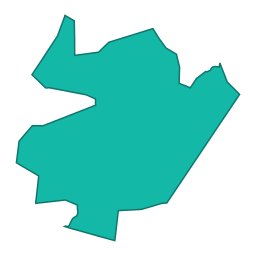 outline of Piracuruca, Piauí, Brazil
{"feature_id": "56859067B11814342794518", "entity_name": "Piracuruca", "entity_type": "district", "adm_level": 2, "iso_a3": "BRA", "parent_name": "Brazil", "parent_adm1": "Piauí", "projection": "robinson", "projection_center": [-41.675, -3.854], "detail": "fine", "context": "isolated", "style": "filled", "palette": "teal", "viewbox_px": 256, "rotation_deg": 0, "n_neighbors": 0, "source": "geoboundaries", "source_scale": "gbopen_adm2", "svg_char_len": 1253}
<svg xmlns="http://www.w3.org/2000/svg" viewBox="0 0 256 256"><path d="M35.7,202.0L35.8,203.3L65.4,200.0L77.3,205.0L77.5,209.5L77.9,212.6L77.4,214.2L76.6,216.0L74.8,217.0L73.0,218.2L72.1,219.5L71.2,221.3L70.1,223.5L69.3,225.3L68.4,226.1L67.2,226.5L65.6,226.0L64.6,226.5L73.6,229.2L74.6,229.4L99.4,236.4L114.8,240.6L115.1,238.5L118.3,210.6L141.4,209.4L161.2,203.5L165.6,203.0L166.8,203.0L178.8,185.1L208.8,140.3L239.6,94.4L227.3,82.1L219.8,62.9L219.4,66.9L215.4,66.5L213.0,66.9L211.4,68.1L210.8,69.3L210.2,70.4L208.5,71.1L207.0,71.9L205.7,71.5L196.5,78.5L192.8,84.1L190.3,87.8L179.1,83.3L179.4,73.3L179.6,67.4L176.4,54.2L173.5,52.5L169.4,50.0L167.3,48.8L165.9,47.9L159.1,38.6L152.9,28.6L126.3,36.9L108.8,42.3L99.9,50.9L98.6,52.2L74.7,55.4L74.6,39.3L74.3,20.9L65.0,15.4L64.3,17.5L57.5,36.0L54.2,41.0L44.4,55.9L41.7,60.1L32.7,73.6L32.0,74.7L45.4,87.7L46.6,88.0L49.0,87.7L50.5,88.0L53.3,88.5L76.3,92.9L86.2,94.8L95.5,98.9L95.5,103.4L95.6,105.2L42.9,125.8L38.0,125.7L32.4,125.7L24.6,134.7L19.1,141.2L16.4,162.7L22.2,166.2L38.7,175.9L38.6,177.3L38.4,178.6L38.1,181.4L38.0,182.9L37.7,184.9L37.6,186.0L37.5,187.3L37.3,188.5L37.1,190.1L37.0,191.7L36.8,193.6L36.5,195.9L36.3,197.8L36.2,199.0L35.7,202.0Z" fill="#14b8a6" stroke="#0f766e" stroke-width="1.5"/></svg>